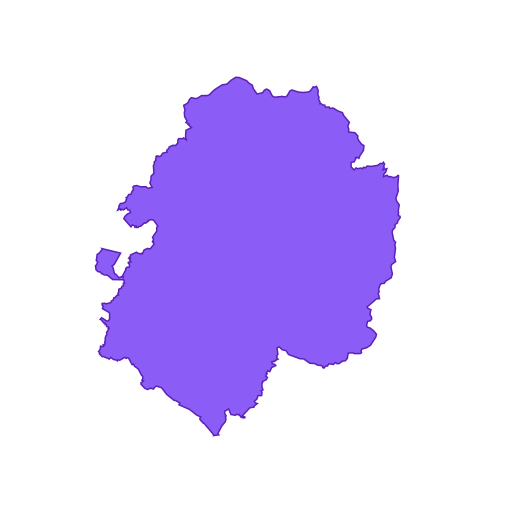 the district of Zapopan, Jalisco, Mexico, rotated 29°
{"feature_id": "50627088B32586146432484", "entity_name": "Zapopan", "entity_type": "district", "adm_level": 2, "iso_a3": "MEX", "parent_name": "Mexico", "parent_adm1": "Jalisco", "projection": "mercator", "projection_center": [-103.516, 20.792], "detail": "fine", "context": "isolated", "style": "filled", "palette": "violet", "viewbox_px": 512, "rotation_deg": 29, "n_neighbors": 0, "source": "geoboundaries", "source_scale": "gbopen_adm2", "svg_char_len": 6142}
<svg xmlns="http://www.w3.org/2000/svg" viewBox="0 0 512 512"><g transform="rotate(29 256 256)"><path d="M122.4,226.6L126.6,233.2L125.5,237.1L127.2,240.2L127.7,243.5L131.9,246.4L128.3,249.3L126.3,248.7L121.2,251.5L117.5,252.2L115.1,254.2L114.9,255.3L116.7,257.4L116.2,258.6L116.6,262.8L114.8,264.0L114.8,266.8L114.1,267.9L115.2,268.5L115.1,270.1L115.8,271.4L114.3,274.1L111.9,275.9L111.9,279.0L112.5,279.5L112.8,282.9L114.5,280.6L115.6,281.4L116.5,279.9L117.8,279.9L119.3,276.5L121.6,277.9L123.2,277.2L125.2,278.8L123.1,281.7L122.1,285.2L122.4,287.5L132.5,291.1L132.8,288.8L135.2,288.4L136.1,289.5L136.8,288.1L137.5,289.1L139.1,288.1L139.3,286.8L140.7,285.9L142.4,281.0L143.5,280.9L144.3,279.4L144.2,277.8L144.9,277.9L145.5,275.8L148.1,274.4L150.2,274.8L155.7,277.5L155.3,279.2L157.1,282.3L156.4,289.8L158.4,291.3L158.5,293.5L159.3,293.2L159.4,294.2L160.9,294.6L160.9,295.7L160.0,301.1L157.5,301.9L155.2,305.0L155.5,308.1L154.9,308.8L155.4,309.3L151.9,310.8L149.6,310.6L145.7,316.0L146.2,316.7L145.7,319.5L147.4,319.0L147.1,320.5L149.5,321.7L147.5,323.2L147.5,324.0L149.0,324.4L150.4,326.4L150.4,327.4L148.5,328.4L148.1,330.2L148.8,331.1L148.9,338.1L150.0,338.3L150.3,339.1L148.4,339.3L146.6,341.4L142.2,339.9L140.8,340.1L136.6,335.5L135.0,334.7L136.1,332.0L136.2,319.1L117.7,324.2L118.3,324.5L117.5,329.4L116.3,331.6L118.5,337.4L120.3,337.9L120.8,340.8L120.3,342.3L122.8,345.6L125.4,346.3L127.5,345.5L129.3,346.2L132.2,346.1L135.5,344.8L142.1,346.1L151.9,340.9L154.1,343.4L153.2,344.0L154.4,346.3L153.5,347.7L153.7,349.6L152.1,351.6L153.3,354.0L153.4,355.8L154.7,356.8L153.5,357.8L152.7,361.0L151.9,361.5L152.4,363.6L151.3,365.6L151.5,367.4L147.7,370.7L146.6,370.6L144.4,372.2L145.2,373.5L146.8,374.0L147.2,376.5L154.5,376.6L155.7,377.1L156.8,379.0L158.6,382.4L158.1,384.5L157.0,385.2L150.9,384.8L150.4,387.0L151.9,386.9L155.2,388.4L156.2,387.8L157.2,389.0L157.5,388.4L158.7,388.6L159.1,389.8L160.3,390.2L161.2,389.6L162.5,390.3L161.9,391.3L162.7,392.2L162.3,395.1L163.7,397.2L163.4,398.9L164.1,401.4L165.1,402.8L165.4,404.8L166.2,405.3L166.6,407.5L165.3,407.7L166.3,408.8L166.1,409.5L163.7,410.2L165.0,413.2L164.6,415.9L166.2,416.3L166.4,417.5L170.2,418.6L171.6,417.9L177.6,417.3L178.3,415.1L181.5,415.6L184.8,414.6L185.6,415.0L185.8,413.7L187.4,413.2L190.3,408.3L192.1,408.5L192.4,407.4L194.2,407.2L200.3,411.1L201.3,409.9L203.1,411.3L207.8,411.9L213.5,415.7L215.0,416.1L216.3,417.5L216.5,420.0L218.1,419.7L217.6,421.6L216.8,422.3L217.4,423.8L222.8,425.6L225.8,425.4L227.8,422.8L230.9,422.0L231.0,420.0L231.9,418.1L237.3,417.0L245.1,420.4L254.4,422.0L255.9,421.3L260.9,421.6L260.7,423.5L272.4,422.4L281.4,423.9L285.7,423.5L285.6,425.3L286.5,426.3L291.0,427.8L291.6,427.5L305.7,432.9L305.9,433.7L310.2,430.4L308.7,429.6L308.5,421.1L309.5,415.9L308.8,413.2L307.2,411.4L307.4,410.3L305.0,409.1L304.0,406.7L306.2,403.1L311.0,406.8L315.2,405.3L315.9,403.8L317.9,403.4L318.1,402.7L320.8,404.2L323.4,403.8L324.6,402.9L324.5,402.3L321.5,402.5L324.2,391.8L327.5,389.2L327.2,388.0L328.7,384.4L326.5,384.8L325.0,383.8L326.2,380.7L325.4,377.2L328.6,375.3L327.4,372.4L325.9,371.6L327.0,369.7L324.7,367.6L322.8,364.2L323.2,363.7L322.6,362.7L324.9,359.3L324.9,356.7L322.6,356.3L322.8,353.6L321.9,353.7L321.9,350.6L324.1,350.5L323.8,345.9L326.4,342.3L325.1,341.7L322.4,342.4L321.1,340.7L323.0,339.7L322.8,339.0L323.8,338.3L323.6,337.9L325.3,335.5L323.4,335.2L323.3,333.9L322.3,333.0L322.9,331.5L319.1,326.4L319.6,324.8L320.7,324.3L324.4,325.3L328.1,324.2L332.2,326.4L344.4,324.5L347.5,322.9L355.1,323.7L359.8,321.5L362.4,321.7L367.0,319.9L368.3,321.0L368.4,320.5L369.8,321.1L370.4,318.3L371.9,317.6L371.9,315.0L376.2,313.4L377.2,310.7L378.7,311.0L380.7,310.0L382.6,306.0L385.0,304.3L385.5,301.2L383.7,296.3L387.4,293.8L389.0,293.8L394.4,290.9L395.2,289.5L394.1,288.4L393.6,286.2L397.3,282.5L399.4,278.6L400.1,268.9L399.3,266.0L394.8,264.3L390.7,263.7L388.0,264.2L386.6,263.6L385.2,259.0L387.5,257.2L387.7,255.1L386.8,253.6L383.9,251.8L382.5,247.2L379.2,247.5L377.9,246.6L382.2,235.0L384.7,233.5L380.8,229.0L381.1,227.7L379.3,225.4L378.5,220.9L379.3,219.1L381.4,217.8L381.8,214.7L384.8,209.6L384.0,205.6L379.3,200.1L379.0,198.8L378.8,197.5L380.8,193.2L377.6,190.0L374.3,181.7L372.0,178.8L371.4,176.3L368.7,175.3L363.6,169.3L362.9,167.2L363.7,163.9L362.5,161.0L363.7,158.3L363.0,157.1L363.5,152.5L362.6,151.4L360.9,151.7L360.3,151.1L360.3,150.0L358.4,147.2L356.5,141.8L352.9,140.1L350.4,137.8L348.9,130.1L345.9,125.6L341.8,116.7L340.9,116.8L340.7,118.4L338.4,120.7L334.7,121.5L333.5,122.4L331.5,121.8L329.1,124.7L328.2,122.7L328.8,119.6L328.1,116.2L325.2,118.9L325.3,116.7L324.2,115.5L323.9,113.3L322.0,112.2L321.6,114.1L319.9,114.7L318.4,117.8L313.3,121.8L309.6,123.4L308.9,125.9L307.0,126.3L306.8,128.1L305.1,128.2L302.4,130.5L300.8,130.4L300.2,133.1L296.1,132.0L294.0,128.5L294.2,127.7L296.2,126.1L296.1,122.2L295.4,121.6L296.7,120.7L298.7,120.7L298.3,117.9L298.8,111.6L296.9,107.1L293.9,107.0L289.8,105.1L287.8,103.7L286.8,101.6L282.7,100.2L276.9,102.7L275.7,100.1L273.3,97.9L272.9,93.9L264.5,90.6L262.1,88.7L257.6,89.4L251.6,89.2L249.4,91.0L248.8,91.1L248.0,90.2L244.4,92.2L243.0,90.7L241.2,91.5L238.7,91.2L238.2,91.8L237.1,90.1L234.8,88.7L234.2,86.7L231.9,84.9L230.1,81.0L226.7,78.3L225.5,79.9L224.0,80.3L223.6,84.9L222.4,87.1L217.7,90.3L213.7,92.0L206.9,93.4L205.6,95.3L205.6,100.4L204.9,102.6L201.4,103.8L195.3,108.1L192.6,108.1L187.9,104.9L185.0,104.7L184.0,105.1L182.9,107.0L182.6,110.0L178.4,113.8L172.8,111.1L169.9,108.4L165.8,108.2L162.8,107.2L154.6,108.1L151.6,109.6L148.9,114.6L147.2,119.8L143.5,122.6L140.3,128.4L138.7,131.8L137.0,137.7L135.4,139.4L130.5,142.2L128.4,146.3L126.6,147.7L122.6,148.9L121.9,151.4L122.2,153.9L121.8,156.0L119.7,159.3L123.3,163.0L123.7,165.2L126.1,168.8L130.1,171.2L130.0,173.3L131.5,173.1L132.7,173.9L133.6,173.1L134.0,174.2L137.3,175.0L133.8,180.0L136.5,185.8L138.7,188.2L135.4,187.8L135.2,188.8L131.5,190.8L131.4,192.4L132.8,195.0L132.2,198.2L129.6,199.5L127.2,202.7L127.6,204.7L126.8,205.8L127.0,207.4L127.9,208.2L124.5,211.4L124.4,213.9L123.6,215.8L121.5,216.0L120.4,217.2L121.1,217.3L121.0,219.6L122.0,220.6L121.4,223.4L122.4,224.3L122.4,226.6Z" fill="#8b5cf6" stroke="#5b21b6" stroke-width="1.5"/></g></svg>